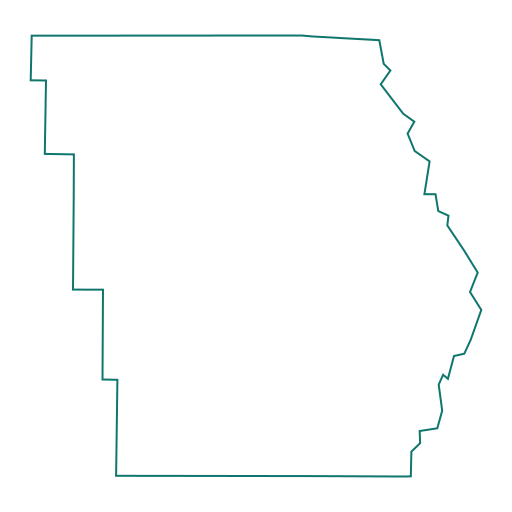 Butler, Missouri, United States of America
{"feature_id": "52423323B14076853941124", "entity_name": "Butler", "entity_type": "district", "adm_level": 2, "iso_a3": "USA", "parent_name": "United States of America", "parent_adm1": "Missouri", "projection": "natural_earth1", "projection_center": [-90.333, 36.712], "detail": "fine", "context": "isolated", "style": "outline", "palette": "teal", "viewbox_px": 512, "rotation_deg": 0, "n_neighbors": 0, "source": "geoboundaries", "source_scale": "gbopen_adm2", "svg_char_len": 699}
<svg xmlns="http://www.w3.org/2000/svg" viewBox="0 0 512 512"><path d="M116.1,475.8L179.1,475.9L183.4,475.9L183.8,475.9L312.0,476.1L404.0,476.5L410.8,476.4L411.4,451.6L420.1,443.2L419.7,431.0L437.3,428.3L442.2,410.7L438.7,384.6L443.1,374.8L447.9,378.8L454.0,356.0L464.3,353.7L470.7,339.8L481.3,309.9L470.0,292.0L477.7,272.6L463.7,249.9L447.3,225.4L448.5,215.7L438.3,211.1L435.5,194.2L424.4,194.2L429.6,161.4L414.7,151.0L407.6,133.6L414.3,121.7L403.2,113.7L380.7,84.3L390.4,70.5L383.7,63.8L379.3,40.2L313.2,36.5L301.4,35.5L31.7,35.7L30.7,80.3L46.0,80.5L44.8,153.9L73.9,154.4L73.7,200.2L73.0,289.6L103.0,289.7L102.5,379.5L117.4,379.8L116.1,475.8Z" fill="none" stroke="#0f766e" stroke-width="2"/></svg>